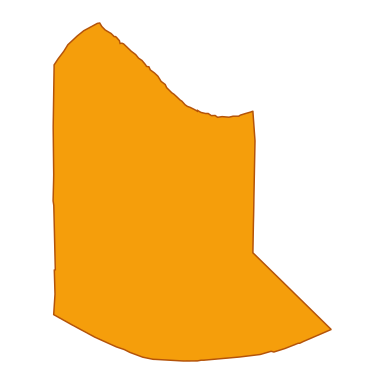 outline of Kiang East, Lower River, Gambia
{"feature_id": "56634734B11412565261125", "entity_name": "Kiang East", "entity_type": "district", "adm_level": 2, "iso_a3": "GMB", "parent_name": "Gambia", "parent_adm1": "Lower River", "projection": "orthographic", "projection_center": [-15.639, 13.417], "detail": "fine", "context": "isolated", "style": "filled", "palette": "amber", "viewbox_px": 384, "rotation_deg": 0, "n_neighbors": 0, "source": "geoboundaries", "source_scale": "gbopen_adm2", "svg_char_len": 1411}
<svg xmlns="http://www.w3.org/2000/svg" viewBox="0 0 384 384"><path d="M252.9,111.4L252.5,111.3L250.8,112.0L244.9,113.7L240.4,115.1L238.7,116.2L237.3,116.2L233.1,116.2L229.0,117.2L222.1,116.6L217.6,117.3L215.1,115.5L211.3,115.6L208.2,113.5L205.5,113.5L200.9,112.4L197.5,110.4L197.4,111.2L194.4,109.5L190.2,107.4L187.4,106.4L185.0,104.7L181.9,101.2L180.2,100.1L177.7,97.7L173.9,94.2L171.8,92.8L166.6,87.6L165.2,84.5L161.1,81.4L157.9,76.2L154.5,73.0L150.3,69.9L148.9,66.8L146.5,66.4L145.5,64.7L142.0,60.5L138.5,58.1L135.7,54.6L131.2,51.2L123.6,43.9L121.9,43.2L120.1,43.5L119.4,40.7L116.7,37.6L115.6,36.6L114.2,36.6L111.1,33.5L105.2,30.0L101.8,26.5L99.7,23.0L97.3,23.4L83.8,30.7L77.2,36.0L67.9,44.7L63.8,51.3L58.2,58.7L54.1,64.9L54.1,66.0L54.1,67.4L53.2,126.1L53.2,127.3L53.2,128.2L53.6,166.4L53.7,174.5L53.6,180.5L53.2,196.5L53.1,200.6L53.1,200.9L53.8,205.5L54.8,248.4L55.3,269.8L54.3,270.1L55.0,294.1L54.7,298.9L53.7,314.6L53.8,314.7L71.7,324.7L94.9,337.2L116.4,346.9L124.4,349.6L129.9,352.4L142.8,357.2L153.1,359.3L155.8,359.4L183.6,361.0L197.4,360.9L201.2,360.2L203.7,360.2L230.6,357.8L239.6,357.0L260.1,354.5L261.2,354.2L271.1,351.3L273.9,352.0L281.5,349.6L285.0,348.5L298.1,343.3L299.8,343.2L303.3,341.5L330.9,329.6L330.9,329.2L285.1,284.3L252.9,252.8L252.9,252.2L253.4,223.7L253.6,215.7L253.8,205.2L253.9,197.9L255.0,140.9L252.9,111.6L252.9,111.4Z" fill="#f59e0b" stroke="#b45309" stroke-width="1.5"/></svg>